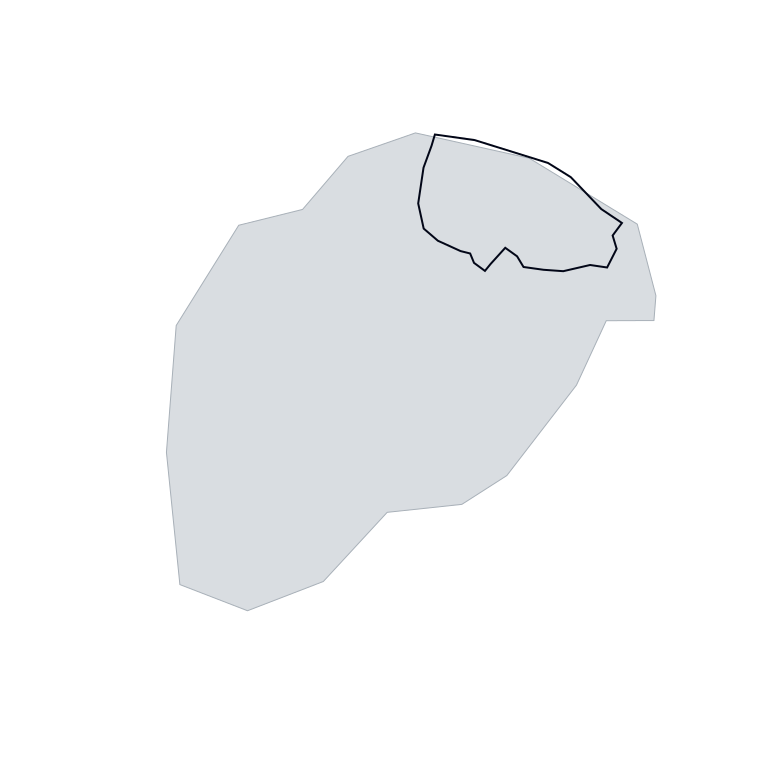 Mauritius, with Savanne highlighted, rotated 207°
{"feature_id": "MUS-5195", "entity_name": "Savanne", "entity_type": "District", "adm_level": 1, "iso_a3": "MUS", "parent_name": "Mauritius", "parent_adm1": "", "projection": "robinson", "projection_center": [57.51, -20.457], "detail": "fine", "context": "in_parent", "style": "outline", "palette": "ink", "viewbox_px": 768, "rotation_deg": 207, "n_neighbors": 0, "source": "natural_earth", "source_scale": "10m", "svg_char_len": 768}
<svg xmlns="http://www.w3.org/2000/svg" viewBox="0 0 768 768"><g transform="rotate(207 384 384)"><path d="M470.0,622.0L357.2,651.1L230.9,641.4L181.8,586.1L172.3,563.1L214.7,541.3L212.0,470.4L233.0,358.2L260.0,312.1L322.9,271.1L348.4,180.5L402.7,120.0L474.8,112.6L546.8,224.3L595.7,341.8L585.5,459.5L535.8,502.6L519.4,570.5L470.0,622.0Z" fill="#d9dde1" stroke="#a8b0b8" stroke-width="1"/><path d="M451.9,629.4L413.9,642.5L338.2,655.4L311.5,653.1L269.8,638.5L245.1,635.5L247.7,620.1L238.1,610.1L238.1,589.1L254.4,583.6L275.5,565.9L293.7,558.2L312.8,551.6L323.4,558.2L337.8,560.4L343.5,539.4L345.4,530.6L358.8,532.8L366.5,539.4L376.1,537.2L401.0,536.1L419.2,540.5L435.5,560.4L447.0,594.7L449.8,617.9L451.9,629.4Z" fill="none" stroke="#020617" stroke-width="2"/></g></svg>